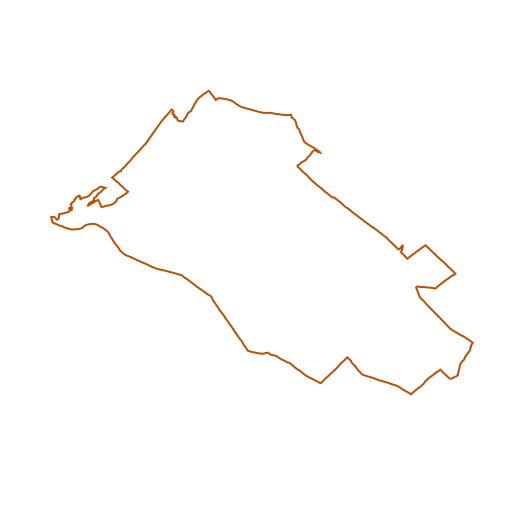 the district of Dobretu, Olt, Romania, rotated 346°
{"feature_id": "2599482B33788431335920", "entity_name": "Dobretu", "entity_type": "district", "adm_level": 2, "iso_a3": "ROU", "parent_name": "Romania", "parent_adm1": "Olt", "projection": "robinson", "projection_center": [23.941, 44.491], "detail": "fine", "context": "isolated", "style": "outline", "palette": "amber", "viewbox_px": 512, "rotation_deg": 346, "n_neighbors": 0, "source": "geoboundaries", "source_scale": "gbopen_adm2", "svg_char_len": 6072}
<svg xmlns="http://www.w3.org/2000/svg" viewBox="0 0 512 512"><g transform="rotate(346 256 256)"><path d="M426.4,372.8L421.2,363.5L411.8,347.6L409.5,343.6L408.6,341.6L405.3,336.2L404.9,334.9L404.7,334.1L404.4,330.5L403.7,325.3L404.9,324.6L405.7,324.6L407.7,325.9L410.7,326.5L414.4,327.9L417.9,329.0L421.4,330.6L422.4,330.8L423.1,330.6L423.9,330.0L426.4,328.8L433.0,325.9L441.0,322.8L443.0,322.1L443.8,322.1L445.2,321.5L444.2,319.6L441.3,315.1L439.8,312.8L437.9,309.4L435.9,306.3L434.9,305.1L433.2,302.6L423.5,287.2L423.0,286.6L415.6,289.5L402.2,295.2L397.7,287.5L397.6,287.2L397.7,286.8L399.0,285.8L399.3,284.6L400.5,282.9L400.9,281.4L400.8,281.2L400.6,281.2L399.0,282.5L397.8,283.4L396.7,284.0L396.1,284.1L395.7,284.0L386.4,268.9L385.4,267.8L376.6,256.5L376.3,256.7L376.1,256.5L364.9,242.7L363.8,241.2L361.4,238.4L357.4,232.9L355.0,230.5L352.4,226.7L351.5,225.1L348.2,220.9L346.8,219.3L346.4,218.5L345.9,218.0L344.4,217.8L343.8,217.1L340.1,212.2L338.4,210.2L336.6,207.3L332.4,202.0L328.0,195.5L324.6,189.5L321.8,185.5L321.0,184.0L318.4,179.9L318.0,178.7L318.5,178.2L320.7,177.4L322.6,176.1L325.5,175.5L327.9,174.6L330.3,172.5L332.2,171.7L336.0,168.5L337.1,167.8L338.0,167.6L338.9,167.8L339.7,168.4L340.9,169.8L343.3,171.2L343.1,170.6L340.8,167.8L339.8,167.0L338.4,165.2L337.1,163.9L335.4,162.5L333.7,160.7L330.9,157.7L330.6,157.3L329.9,154.1L329.5,150.1L328.6,146.3L328.6,143.9L328.2,142.9L327.4,141.8L327.5,141.7L327.2,141.1L327.0,139.1L327.0,135.5L326.8,133.8L326.1,132.9L325.7,132.1L324.2,130.2L324.1,129.8L324.2,128.8L323.8,128.0L324.1,127.5L318.5,126.4L312.9,124.1L309.2,122.8L305.1,120.7L298.6,119.1L295.8,118.0L293.6,116.8L288.2,113.7L282.4,110.5L280.1,109.2L277.4,107.4L275.8,106.1L275.0,105.0L273.8,103.9L273.0,102.9L271.3,100.7L269.1,98.8L266.8,97.5L262.1,95.3L259.0,94.2L257.9,93.9L257.2,93.9L256.4,94.1L254.8,95.0L252.6,89.6L252.3,88.8L251.7,87.7L250.8,85.5L250.2,84.3L244.3,86.3L238.7,88.9L237.3,89.8L236.5,90.4L233.4,93.5L231.4,95.8L230.5,96.7L228.0,99.6L225.8,100.3L224.6,100.9L222.2,103.7L220.0,105.7L217.9,107.3L218.1,107.4L217.8,107.8L216.7,107.5L213.6,106.1L213.1,105.7L212.8,105.3L212.7,104.1L212.5,103.4L212.5,102.2L211.0,102.1L210.4,101.6L210.3,101.1L211.0,100.6L211.0,100.1L211.2,99.7L211.0,99.4L210.4,99.2L209.8,98.6L209.5,98.0L209.4,97.3L209.7,96.9L210.7,96.4L210.8,95.5L210.2,94.2L209.7,93.5L197.0,102.3L192.3,106.4L190.5,107.8L187.8,110.3L181.4,115.7L177.1,119.6L175.9,120.4L174.1,121.5L166.1,126.9L164.1,128.0L158.9,131.6L157.5,132.8L153.6,135.2L151.5,136.9L146.7,139.4L146.0,140.0L145.5,140.9L145.0,141.1L144.1,140.8L143.5,140.9L135.4,145.2L138.2,149.1L139.7,151.2L140.6,152.2L141.5,154.2L143.8,157.4L144.2,158.2L146.0,161.0L147.4,162.7L145.3,163.8L140.3,165.7L135.2,166.9L134.7,167.3L134.4,168.1L134.1,168.6L133.5,168.9L133.0,169.4L132.2,169.8L131.5,170.3L129.7,170.9L128.4,171.1L127.3,171.3L125.4,171.3L122.4,170.9L120.8,171.2L119.1,171.2L118.3,171.4L118.0,171.1L116.4,163.3L112.9,164.1L110.4,165.1L108.5,165.5L105.5,166.5L105.1,166.5L104.9,166.3L104.9,166.1L105.1,166.0L106.5,165.6L106.8,165.3L106.8,164.5L107.0,164.3L110.7,163.4L112.0,162.8L112.5,162.1L112.4,161.1L112.7,160.7L114.8,160.0L115.5,159.6L116.8,158.3L118.0,157.7L119.3,156.7L120.8,156.4L123.5,154.6L126.3,153.4L121.9,151.1L117.2,152.9L113.3,153.8L111.0,155.6L109.1,156.7L107.3,157.5L105.6,157.9L104.8,157.9L104.3,157.6L101.2,157.8L100.8,157.9L100.2,158.4L99.9,158.6L99.3,158.0L99.1,157.3L99.4,156.3L99.7,155.7L99.5,155.0L99.1,154.7L98.8,154.7L96.1,155.3L94.7,156.8L93.2,157.6L93.1,157.9L93.1,158.6L92.9,158.8L90.4,159.6L89.7,160.4L88.8,161.1L89.2,161.4L89.3,161.7L88.6,164.0L88.3,164.1L86.2,164.4L86.3,165.0L89.1,164.9L88.5,166.0L88.5,166.7L88.4,166.8L86.5,166.9L85.4,167.3L85.1,167.7L84.7,167.8L79.6,168.1L75.5,167.7L75.1,167.9L74.9,168.2L74.7,169.6L74.2,169.8L74.0,170.9L73.8,171.4L73.4,172.0L72.7,172.4L71.9,172.6L71.6,172.4L70.3,170.1L69.7,169.2L68.4,168.9L66.7,168.8L66.6,173.5L66.8,174.3L67.1,174.8L69.1,176.0L71.7,178.2L75.4,180.6L77.3,182.1L83.4,185.7L83.9,185.9L86.5,186.2L89.8,186.9L92.4,187.0L94.4,186.6L96.5,185.5L98.3,184.8L102.9,184.9L105.6,185.4L107.3,185.9L109.3,187.2L110.7,188.4L111.2,188.9L111.5,189.5L112.2,190.2L114.0,191.5L116.2,194.0L118.1,196.7L118.6,198.1L119.6,202.0L120.5,204.2L120.6,205.2L121.2,206.9L122.4,210.2L124.4,214.3L125.2,217.3L127.7,221.3L129.3,223.1L129.8,223.4L131.4,224.8L133.8,226.4L141.1,232.4L148.0,237.6L151.7,240.7L156.6,244.4L163.6,247.9L173.5,253.3L178.2,256.0L179.6,257.1L180.5,258.3L181.5,260.0L182.8,260.9L184.9,263.4L191.5,271.8L196.0,276.8L196.9,277.9L197.1,278.6L197.8,279.0L200.1,281.8L201.8,283.3L202.8,284.8L203.1,285.3L203.2,287.0L203.6,288.5L207.0,297.7L207.8,300.5L208.8,302.2L209.5,303.9L210.5,306.1L211.3,309.1L212.8,312.4L213.6,314.8L215.0,318.1L216.6,322.9L220.6,333.4L222.2,336.4L222.3,337.9L222.6,339.3L222.9,340.1L223.9,342.3L224.3,343.7L225.1,345.9L226.4,346.8L228.4,347.9L234.6,350.9L238.0,352.2L239.5,352.6L243.1,352.5L244.2,352.7L244.8,353.3L246.3,355.2L247.1,355.8L250.5,357.3L251.6,358.0L255.3,362.1L258.3,364.5L260.8,366.9L262.3,367.6L263.6,368.9L264.6,370.1L265.5,371.7L267.7,374.8L271.7,379.0L273.1,381.2L276.1,384.7L279.1,387.4L285.3,392.7L287.4,394.8L287.8,395.0L288.3,394.9L290.1,394.0L291.5,393.0L294.7,391.2L299.0,388.9L306.5,384.7L313.8,379.8L314.9,379.5L319.5,376.7L320.1,376.6L320.2,376.8L320.3,376.7L321.0,377.9L323.0,380.7L322.8,381.5L322.9,382.4L325.0,385.9L327.9,392.3L330.1,396.1L330.6,396.8L331.5,397.5L335.6,400.0L340.8,403.0L344.6,405.9L352.5,410.4L359.5,415.0L360.6,415.5L363.0,417.5L365.5,420.3L368.1,422.9L371.7,426.2L373.1,427.7L373.7,427.3L379.0,424.5L383.2,422.8L387.8,420.5L390.2,418.4L393.7,416.4L395.9,415.6L403.0,412.5L404.7,412.0L407.4,410.9L411.0,416.9L414.2,421.8L415.7,422.2L416.6,422.2L422.6,420.7L423.1,420.4L424.1,417.8L426.5,413.7L427.1,412.0L427.8,410.5L428.3,410.2L430.3,408.3L432.4,407.2L433.3,406.3L434.1,405.0L434.7,404.3L439.7,400.2L441.1,398.6L442.4,396.4L442.2,396.3L442.8,395.6L443.5,394.3L444.2,393.8L445.4,392.7L444.0,390.9L437.3,383.6L437.1,383.7L436.2,382.9L429.6,376.5L427.9,374.7L426.4,372.8Z" fill="none" stroke="#b45309" stroke-width="2"/></g></svg>